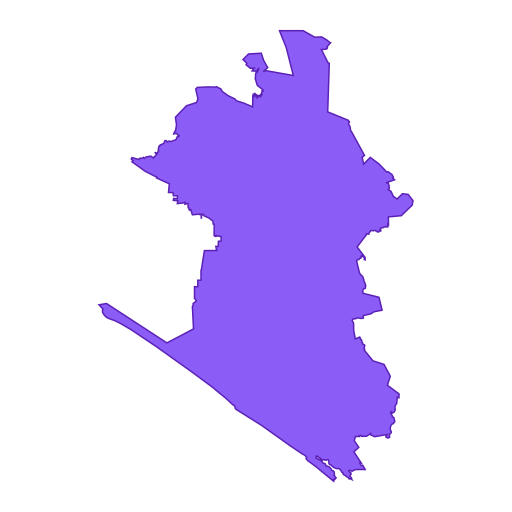 outline of Culiacán, Sinaloa, Mexico
{"feature_id": "50627088B68322081472397", "entity_name": "Culiacán", "entity_type": "district", "adm_level": 2, "iso_a3": "MEX", "parent_name": "Mexico", "parent_adm1": "Sinaloa", "projection": "mercator", "projection_center": [-107.227, 24.655], "detail": "fine", "context": "isolated", "style": "filled", "palette": "violet", "viewbox_px": 512, "rotation_deg": 0, "n_neighbors": 0, "source": "geoboundaries", "source_scale": "gbopen_adm2", "svg_char_len": 6000}
<svg xmlns="http://www.w3.org/2000/svg" viewBox="0 0 512 512"><path d="M321.6,36.9L314.7,37.2L303.2,30.7L279.5,30.7L286.2,47.4L293.3,75.5L265.6,70.6L263.3,71.6L267.7,67.6L263.6,60.3L261.3,53.2L248.5,54.0L243.0,59.5L246.9,63.4L246.1,64.8L250.5,68.4L254.1,68.1L252.1,70.9L256.4,71.2L259.0,67.9L257.5,71.9L255.7,73.1L255.3,78.8L257.3,85.4L262.9,89.8L262.3,90.5L262.7,90.5L263.0,91.0L262.3,91.0L261.5,93.2L261.6,94.0L262.0,94.4L261.8,94.7L261.5,94.3L260.6,94.5L260.5,95.3L260.9,95.6L260.9,96.4L260.6,96.5L260.6,95.8L259.9,95.3L258.5,95.5L259.1,96.1L258.1,95.9L258.1,96.9L257.2,97.8L256.7,95.7L256.1,96.4L255.9,95.7L256.2,94.8L255.1,95.1L255.6,94.4L255.1,93.7L254.8,94.6L254.6,93.7L254.3,94.8L253.8,94.0L253.1,94.3L253.6,96.3L252.8,96.1L252.6,106.9L244.3,103.3L236.3,100.7L235.0,99.0L228.2,95.7L222.4,91.6L220.9,89.0L216.5,86.7L214.8,87.1L208.2,86.9L197.3,87.4L195.7,89.1L197.8,98.3L197.8,99.4L196.5,102.5L186.5,105.7L175.4,117.3L176.5,124.9L175.6,130.4L174.8,131.3L173.7,133.9L176.6,133.4L177.6,134.9L179.3,135.7L179.2,136.2L177.1,136.9L176.2,139.4L174.7,140.2L173.2,140.6L172.5,141.1L170.1,141.5L169.1,141.0L167.4,142.0L166.3,140.7L165.0,140.6L163.7,143.5L160.6,144.8L160.4,145.4L159.6,145.4L159.5,146.2L158.8,146.6L158.2,150.2L158.6,150.4L158.6,151.1L157.8,152.0L157.3,153.5L155.6,152.5L155.2,152.8L156.7,154.2L153.8,157.6L153.8,157.2L153.3,157.6L152.2,157.2L151.3,156.3L149.4,156.3L145.6,157.1L144.5,158.4L143.3,157.4L142.4,158.4L140.3,158.1L139.6,158.4L139.1,159.5L132.0,157.6L131.4,158.5L131.3,159.2L133.1,160.6L132.0,161.8L145.3,171.4L157.0,177.3L156.6,178.0L169.3,183.8L168.5,192.5L173.0,192.6L173.4,195.8L177.4,195.8L177.4,198.7L173.6,198.4L173.3,200.4L177.8,200.7L177.3,203.6L183.8,202.9L185.0,202.3L185.0,204.3L187.9,203.4L188.3,204.3L188.0,205.7L188.2,207.8L188.7,207.8L189.4,210.2L190.7,209.6L192.4,214.8L199.8,214.1L199.9,214.6L201.2,214.4L201.2,218.0L201.5,218.0L201.5,215.0L202.8,214.9L202.8,214.3L203.4,214.3L204.0,215.8L208.9,218.0L212.9,221.1L213.2,224.1L214.2,224.2L214.1,235.4L215.1,235.6L215.0,236.3L216.3,236.3L216.4,235.7L221.1,236.6L221.1,241.2L218.4,241.2L218.2,246.4L215.8,246.4L216.7,250.5L204.4,250.6L201.4,269.6L201.0,270.2L201.0,280.2L197.8,280.2L197.8,286.7L194.5,286.7L194.5,298.5L195.4,299.3L196.3,300.7L196.0,301.3L193.1,303.5L193.2,304.9L192.4,306.6L193.5,328.9L166.9,342.9L106.5,303.5L99.0,304.8L103.1,309.3L102.4,310.3L102.6,312.5L104.6,315.6L106.6,317.3L108.0,318.2L114.9,320.7L119.8,323.1L130.6,329.4L156.3,346.6L191.6,371.8L213.8,388.2L215.8,390.1L225.3,397.8L233.1,405.0L233.8,405.2L235.0,406.5L235.1,408.1L236.1,409.4L261.6,425.4L290.2,445.8L302.2,453.9L304.7,455.2L306.5,457.0L306.1,458.3L306.3,459.0L307.8,460.7L315.2,466.1L333.7,481.3L334.2,479.6L333.4,479.5L334.2,479.0L334.9,479.3L336.1,477.9L333.9,475.4L333.8,475.1L334.2,475.5L334.5,475.3L334.1,471.6L332.8,470.6L331.7,470.3L330.9,468.6L329.3,467.0L327.0,466.0L325.9,466.0L325.6,464.5L325.1,463.7L322.9,463.0L321.8,461.0L320.9,460.8L319.9,459.8L318.6,459.7L316.9,458.0L316.1,458.1L316.1,456.2L317.8,456.3L319.7,458.2L320.4,458.2L320.5,458.7L322.3,459.9L322.9,460.0L324.1,459.5L325.1,460.1L326.6,460.1L327.3,459.5L328.2,459.6L328.9,461.6L328.9,463.4L329.5,464.5L331.4,465.2L331.8,465.9L333.5,467.3L336.4,468.6L338.6,468.6L339.7,469.1L340.3,469.6L341.9,472.3L342.9,472.6L343.1,474.0L343.7,474.7L345.5,475.6L346.4,476.6L347.8,477.1L348.7,478.5L349.4,479.0L350.0,478.6L351.8,479.5L351.5,479.0L351.5,477.7L350.3,476.8L350.0,476.2L350.0,475.2L351.0,474.5L351.0,474.2L350.6,474.3L350.8,472.8L348.7,471.4L349.3,470.2L350.9,470.6L352.0,471.3L354.6,469.9L356.4,469.5L365.2,469.5L362.7,465.2L361.9,465.8L360.6,464.7L359.8,463.1L361.3,463.1L353.9,451.8L358.8,447.4L354.3,440.8L355.4,436.5L359.4,436.5L359.2,435.8L361.0,435.4L361.6,436.4L366.6,436.2L370.5,433.5L370.5,434.8L374.7,436.7L387.1,434.5L386.6,435.7L386.0,436.3L385.9,436.9L386.6,437.5L387.9,438.0L389.5,437.4L389.5,434.3L389.9,433.7L390.6,433.5L391.1,433.0L391.3,431.7L390.3,429.7L390.2,428.9L390.6,426.2L391.7,424.3L393.3,423.6L394.8,421.6L393.9,417.7L392.8,417.0L392.4,417.0L392.5,416.4L391.4,414.4L391.4,413.6L391.1,413.1L390.6,413.0L391.1,411.7L392.2,413.1L394.0,412.2L395.2,410.0L395.0,406.9L395.3,405.5L396.7,403.5L397.3,397.2L398.9,397.8L399.1,394.0L387.4,385.2L390.3,376.3L384.0,364.4L372.9,360.8L364.4,350.3L364.7,349.7L364.2,349.2L364.1,348.6L364.4,348.3L364.2,347.9L364.8,345.7L364.4,344.8L362.7,344.0L362.4,342.3L361.8,341.8L361.5,339.8L361.0,339.7L360.3,338.7L360.4,338.0L359.7,337.8L359.6,337.1L355.3,338.9L353.7,330.3L353.6,323.3L352.2,320.4L352.6,319.5L353.2,319.0L355.6,318.7L357.7,317.8L361.4,318.5L362.6,318.1L363.1,318.3L363.4,318.0L363.1,316.6L363.3,315.6L371.0,313.8L373.9,311.8L382.1,310.2L379.0,297.3L363.0,293.3L362.7,290.8L363.6,288.9L365.4,288.2L365.7,285.4L364.9,282.9L363.8,280.6L363.7,279.3L362.8,276.8L361.5,275.2L360.6,274.7L359.5,272.8L356.6,261.0L357.0,260.8L357.0,260.1L357.5,259.7L359.0,259.5L359.6,258.4L360.9,258.1L361.0,257.3L361.9,256.7L362.2,256.1L361.9,256.5L361.4,256.7L361.1,256.6L361.1,256.3L362.1,255.4L363.4,256.4L364.6,258.9L364.3,259.5L365.2,259.8L365.0,257.3L357.1,246.9L366.3,234.9L366.5,233.8L368.8,234.2L369.1,232.8L370.9,230.6L371.3,230.5L373.4,230.8L374.9,230.4L376.7,231.3L377.3,231.9L378.7,232.0L379.2,231.0L380.0,231.2L380.9,230.8L380.8,230.2L380.1,229.6L380.6,228.8L380.6,228.0L383.0,227.7L385.1,226.6L386.0,227.0L387.1,226.4L387.7,226.9L387.8,226.5L387.5,226.3L388.0,225.1L387.9,224.3L388.5,224.8L388.4,216.9L401.3,215.7L412.2,205.1L413.0,200.6L408.1,194.4L402.5,193.7L397.1,199.0L393.4,196.4L390.9,191.2L388.2,189.6L389.3,188.4L389.0,185.3L388.2,182.8L386.7,183.0L386.5,182.6L394.6,179.8L392.7,178.0L393.4,177.3L392.1,174.7L388.2,171.7L386.7,172.0L379.3,164.2L370.3,157.4L363.6,164.1L362.2,157.3L364.5,155.4L351.6,131.8L350.6,130.4L350.1,126.8L348.6,123.9L348.6,122.9L349.5,122.1L348.3,120.3L327.7,111.9L329.3,63.3L328.0,62.7L321.4,49.5L325.9,49.2L327.0,48.7L327.5,47.7L327.0,47.0L327.1,46.7L330.6,42.7L329.6,42.3L327.1,40.2L321.6,36.9Z" fill="#8b5cf6" stroke="#5b21b6" stroke-width="1.5"/></svg>